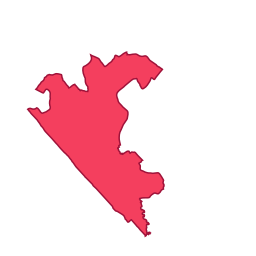 Sissili, Sissili, Burkina Faso (orthographic projection), rotated 48°
{"feature_id": "67063806B75900195473972", "entity_name": "Sissili", "entity_type": "district", "adm_level": 2, "iso_a3": "BFA", "parent_name": "Burkina Faso", "parent_adm1": "Sissili", "projection": "orthographic", "projection_center": [-2.154, 11.45], "detail": "fine", "context": "isolated", "style": "filled", "palette": "rose", "viewbox_px": 256, "rotation_deg": 48, "n_neighbors": 0, "source": "geoboundaries", "source_scale": "gbopen_adm2", "svg_char_len": 5869}
<svg xmlns="http://www.w3.org/2000/svg" viewBox="0 0 256 256"><g transform="rotate(48 128 128)"><path d="M35.0,156.8L35.5,157.3L35.7,157.7L36.1,159.1L35.9,161.9L36.3,163.1L36.5,164.5L36.6,165.9L37.0,167.1L37.5,169.0L37.6,170.6L44.2,168.1L45.2,167.6L45.3,167.4L45.3,167.0L44.5,164.0L44.4,163.2L44.7,162.6L45.1,162.2L45.9,161.9L47.8,161.7L49.4,162.1L50.2,162.6L52.7,165.0L54.3,166.2L55.6,168.2L57.1,169.7L58.8,170.9L60.4,171.7L61.4,172.8L61.6,173.2L61.7,174.2L61.2,178.0L60.6,179.5L59.8,181.6L59.5,181.9L58.5,182.3L57.5,182.3L55.6,182.0L53.3,181.9L52.2,182.2L51.9,182.4L51.8,183.7L51.2,185.0L50.6,185.7L50.1,186.2L48.1,187.4L47.4,188.3L47.1,189.0L47.0,190.0L48.5,190.0L49.0,190.2L49.4,190.0L52.3,190.3L61.3,190.1L63.2,190.4L65.5,190.6L68.5,191.2L69.0,191.1L71.7,191.2L73.4,191.6L75.2,191.8L85.0,191.6L91.0,191.7L93.3,191.6L94.9,191.7L98.2,191.8L103.4,191.7L105.9,191.4L108.1,191.4L108.8,191.2L111.6,191.5L114.1,191.6L115.7,192.0L116.7,191.9L121.9,192.6L134.9,192.5L136.2,192.7L136.7,192.5L146.0,192.1L147.6,192.5L151.9,192.1L171.2,192.0L175.8,192.0L177.1,192.5L177.7,192.8L181.2,192.7L182.9,191.7L188.7,190.0L190.6,189.8L192.6,190.4L193.9,191.0L194.5,190.8L197.7,191.1L198.2,190.6L198.4,189.4L198.2,188.4L198.3,187.5L198.5,186.9L205.6,187.0L207.2,187.1L208.9,186.9L211.8,187.1L215.2,187.0L219.3,187.0L219.9,187.5L220.1,186.5L219.7,185.8L219.2,185.4L219.2,185.0L220.0,184.4L220.9,184.1L220.9,183.3L220.6,182.8L220.6,182.6L220.7,182.4L221.2,182.2L221.0,181.9L221.0,181.6L220.5,181.7L220.1,181.6L219.5,182.2L219.5,182.9L219.3,183.4L218.9,183.7L218.2,183.9L217.7,183.8L217.4,183.2L217.1,183.0L216.1,182.7L215.0,181.7L214.8,181.4L214.7,180.8L214.2,180.7L213.6,180.1L212.4,179.1L212.2,178.7L212.2,178.1L212.4,177.9L212.9,177.9L213.2,177.7L213.5,176.7L213.3,176.5L211.9,176.3L210.6,176.8L210.4,177.1L209.9,177.0L209.2,176.1L208.7,176.0L207.6,176.2L207.0,176.8L206.4,177.0L205.8,176.9L205.4,177.0L204.9,176.9L204.2,176.4L204.1,176.2L204.0,175.8L204.1,175.6L204.7,175.2L203.9,174.2L203.2,174.0L202.3,174.9L202.1,174.9L201.9,175.0L201.5,174.6L201.2,174.7L200.9,174.4L200.9,172.9L201.1,172.7L201.6,172.5L201.6,172.1L201.0,171.6L200.5,171.6L200.3,171.3L200.1,171.3L199.6,171.8L198.6,171.7L198.2,171.9L197.7,172.7L197.0,172.6L196.8,172.4L196.3,172.3L195.8,172.0L195.6,171.7L195.5,171.1L195.7,170.3L195.2,169.8L194.1,169.4L193.5,169.0L192.5,168.6L191.6,168.4L191.6,168.1L192.0,167.5L191.9,167.1L191.8,166.8L190.9,167.0L190.5,167.2L189.7,167.2L189.0,166.9L188.5,166.9L188.3,166.5L188.5,166.4L188.6,165.8L189.2,164.7L190.0,163.5L193.1,160.0L193.8,158.9L193.9,158.0L193.7,157.5L193.5,156.4L193.5,154.8L193.9,152.2L194.4,151.5L194.9,151.1L196.2,150.4L197.0,149.7L197.2,149.1L197.2,147.2L196.5,144.8L196.7,143.6L197.1,142.5L196.4,142.1L196.2,141.8L196.0,141.7L195.3,140.7L195.3,140.2L195.0,140.0L194.6,139.5L194.1,139.5L193.8,139.0L193.0,139.0L192.2,138.7L191.9,138.4L191.7,137.9L191.1,137.4L190.8,136.7L190.2,136.4L186.8,135.7L183.3,135.2L182.3,135.3L181.8,135.4L181.1,136.0L180.5,136.8L178.2,140.0L176.6,141.3L174.9,143.1L173.4,144.1L172.0,144.9L170.1,145.6L168.3,146.6L167.6,146.7L166.7,146.4L166.4,146.2L164.8,144.6L164.2,144.1L163.9,144.1L163.1,143.8L162.0,143.7L161.5,143.4L161.6,142.5L162.0,141.2L161.9,140.7L161.4,139.8L161.7,138.8L155.0,139.1L151.1,139.0L150.2,139.4L149.9,140.0L148.6,141.1L148.3,141.5L148.1,143.3L146.6,143.1L146.1,142.8L145.7,143.0L145.2,143.5L144.8,144.1L144.6,144.8L144.6,145.4L144.4,145.9L144.0,149.2L143.7,149.9L143.0,150.1L143.0,149.3L142.2,150.2L142.3,150.7L142.0,150.9L141.7,150.9L140.5,150.1L139.5,150.1L138.1,149.9L137.8,149.5L137.4,149.5L137.0,149.2L136.3,149.3L136.0,149.0L136.2,147.9L136.3,147.6L136.3,147.2L135.6,147.1L135.1,146.8L135.0,146.4L135.0,145.9L135.4,145.4L135.5,145.0L132.6,143.4L130.5,142.1L128.9,140.7L127.0,138.7L125.7,136.8L124.5,133.9L122.7,130.0L122.3,129.0L120.9,123.3L120.5,122.3L117.9,119.0L116.3,117.6L115.4,117.2L114.5,117.1L108.4,117.8L107.7,117.7L103.4,117.8L102.7,117.7L101.4,117.3L99.8,116.4L98.0,115.7L96.6,114.9L95.8,114.3L94.9,113.1L94.6,112.4L94.4,111.6L94.2,109.3L94.6,103.7L94.5,101.9L94.8,93.4L95.2,91.1L96.5,89.4L96.8,88.7L97.4,88.5L98.0,88.7L98.5,89.0L99.1,89.3L100.5,89.7L101.1,89.6L101.9,89.8L103.4,89.9L104.3,90.5L107.5,91.3L108.0,91.2L108.3,90.9L108.6,90.9L109.0,90.1L109.3,87.3L109.0,84.8L107.9,80.7L107.5,79.6L106.3,77.5L106.4,77.0L106.6,76.8L107.1,76.6L109.0,76.3L109.5,76.0L109.6,75.6L109.0,73.1L107.9,66.5L107.5,63.2L106.3,63.3L105.4,63.7L103.7,63.9L102.9,64.5L101.8,64.6L101.3,64.9L99.9,64.7L92.8,66.4L92.0,66.5L88.3,66.1L86.8,66.4L86.3,66.6L85.4,67.7L84.7,69.0L83.6,70.2L82.1,71.2L79.0,72.2L78.0,73.0L76.3,75.2L75.0,77.3L74.4,78.1L73.5,78.8L73.0,79.5L72.8,79.2L72.2,78.9L71.8,78.9L70.8,78.4L70.7,78.3L70.3,79.1L69.7,81.6L69.5,84.7L69.1,86.7L68.9,87.1L68.4,87.3L66.7,88.0L65.9,88.4L65.6,88.8L65.6,89.3L65.8,89.6L66.9,91.6L67.1,92.2L67.0,93.6L67.4,94.7L67.6,96.2L67.3,99.1L67.4,101.5L67.1,103.5L66.9,103.9L66.5,104.2L66.1,104.2L62.2,103.8L61.1,103.9L57.3,103.3L56.3,103.5L52.6,105.1L50.5,106.2L48.8,106.8L51.1,107.9L52.5,109.2L53.2,110.6L53.7,112.7L53.7,115.1L53.4,117.6L52.8,119.7L52.9,120.6L53.1,121.0L53.5,121.5L55.0,123.0L57.4,124.6L60.5,125.9L62.4,126.5L65.3,128.9L67.0,129.7L68.1,130.0L70.4,130.2L71.1,130.7L71.6,131.3L72.3,131.5L73.7,133.1L73.9,133.5L73.6,133.6L72.6,134.9L71.0,135.7L70.2,136.5L68.7,137.2L68.6,137.5L68.4,137.8L68.4,138.1L68.3,138.5L67.9,138.6L67.4,138.2L67.0,138.1L66.8,138.2L66.1,138.8L64.3,138.4L64.1,138.5L61.6,138.4L61.1,138.6L60.0,138.3L59.8,138.5L59.8,138.8L59.4,139.6L59.3,140.2L59.1,142.1L59.1,143.3L58.8,144.7L58.5,145.2L57.1,144.7L55.7,144.7L55.2,144.8L50.7,144.3L49.2,144.6L48.6,144.2L47.1,143.4L46.6,143.4L44.9,142.3L44.2,141.9L43.8,141.8L41.5,143.3L39.9,144.7L39.3,145.5L38.1,148.6L36.9,149.8L35.5,150.8L35.5,151.1L34.8,152.6L34.9,153.4L35.0,153.7L35.2,154.6L34.9,155.1L34.9,155.6L34.8,156.4L35.0,156.8Z" fill="#f43f5e" stroke="#9f1239" stroke-width="1.5"/></g></svg>